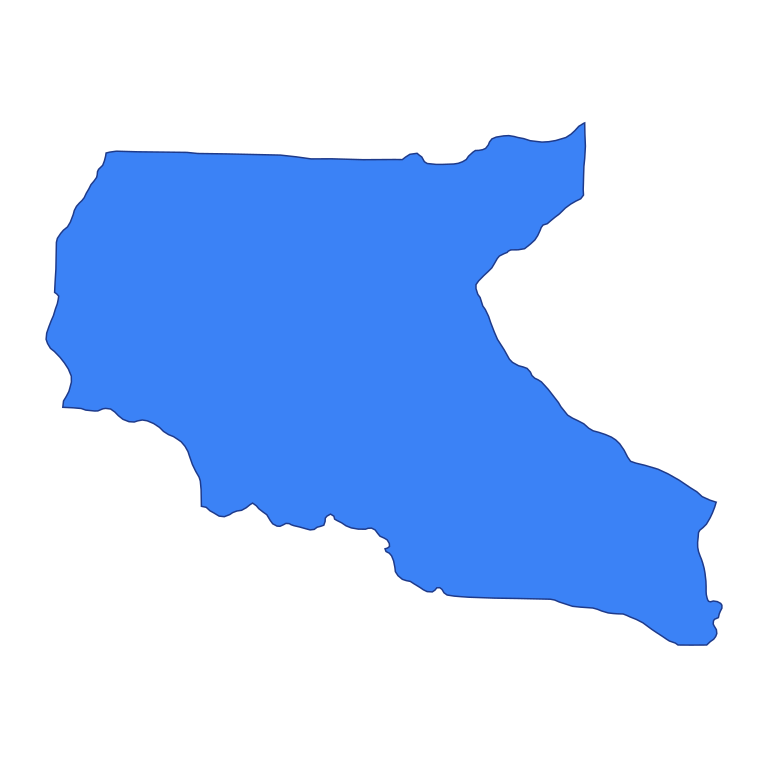 outline of Ivindo, Ogooué-Ivindo, Gabon
{"feature_id": "22940354B21315660080276", "entity_name": "Ivindo", "entity_type": "district", "adm_level": 2, "iso_a3": "GAB", "parent_name": "Gabon", "parent_adm1": "Ogooué-Ivindo", "projection": "mercator", "projection_center": [13.138, 0.623], "detail": "fine", "context": "isolated", "style": "filled", "palette": "blue", "viewbox_px": 768, "rotation_deg": 0, "n_neighbors": 0, "source": "geoboundaries", "source_scale": "gbopen_adm2", "svg_char_len": 4603}
<svg xmlns="http://www.w3.org/2000/svg" viewBox="0 0 768 768"><path d="M116.6,151.2L115.5,151.3L109.8,152.1L106.1,153.0L105.6,156.2L104.4,160.9L102.7,165.3L98.6,169.3L97.5,171.6L97.2,174.9L96.6,177.4L93.8,181.3L91.0,184.6L88.9,188.8L86.3,193.2L84.2,197.7L82.0,200.5L79.4,203.0L76.5,206.3L74.3,210.5L73.2,214.6L70.3,222.2L67.5,226.9L63.4,230.2L60.7,233.4L57.4,238.3L56.4,242.3L56.1,258.2L55.9,269.3L55.5,275.5L55.1,282.2L54.6,292.4L56.7,293.9L58.7,296.1L58.2,299.5L57.3,303.8L55.5,308.7L53.4,315.7L51.2,320.7L48.9,326.7L46.7,333.1L46.1,339.3L47.6,343.6L50.5,348.4L54.3,351.4L60.0,357.3L64.4,362.9L68.3,368.9L71.3,376.1L71.4,382.1L70.0,387.5L68.9,391.4L66.4,396.2L63.5,401.0L62.8,407.3L73.2,407.8L81.2,408.5L85.8,410.1L94.7,411.0L97.9,410.9L102.9,408.8L105.6,408.4L110.6,409.0L114.8,412.0L118.3,415.6L122.9,419.3L129.0,421.7L134.3,422.0L137.6,420.9L142.3,420.0L147.2,420.8L153.6,423.5L159.5,427.4L163.5,431.4L168.5,434.6L173.5,436.6L178.1,439.6L181.2,441.8L185.0,446.3L188.0,451.6L189.4,455.9L192.4,464.5L195.7,471.3L199.1,477.2L200.3,481.0L201.1,489.7L201.4,506.3L206.2,507.3L210.0,510.8L213.6,512.8L219.1,516.1L224.3,516.7L229.7,514.6L232.7,512.6L236.9,511.0L241.6,510.3L246.3,507.7L250.0,504.7L252.6,503.1L256.4,505.8L258.8,508.7L263.0,512.0L266.8,514.7L270.2,520.4L272.7,523.8L277.0,526.1L280.0,526.3L283.3,524.8L285.9,523.4L289.3,523.6L291.1,524.7L294.0,525.7L299.6,527.0L306.0,528.8L310.1,529.9L314.2,529.4L317.2,527.2L320.7,526.3L323.8,525.2L325.1,521.5L325.3,518.1L327.0,516.1L330.5,514.1L333.9,516.2L334.6,519.1L337.0,520.5L341.6,522.8L346.0,525.8L351.3,527.9L358.2,529.1L365.5,529.2L368.0,528.3L371.5,528.1L375.1,529.9L377.7,533.4L380.0,536.2L384.4,538.2L387.2,539.9L389.3,543.5L389.5,546.5L387.4,548.1L385.0,548.8L386.0,551.5L389.3,553.2L391.6,555.9L393.6,560.9L394.9,567.5L395.4,571.7L398.0,575.7L402.3,579.3L406.2,580.6L410.3,581.4L414.0,583.8L419.9,587.4L423.4,589.8L427.1,591.6L432.3,591.9L435.0,590.1L436.8,587.8L439.8,587.7L442.0,589.4L444.0,592.8L447.1,595.0L454.1,596.1L461.2,596.7L464.3,596.9L468.6,597.2L494.3,598.1L518.7,598.5L550.3,599.2L554.6,600.0L559.0,601.9L567.0,604.5L572.5,606.3L580.1,607.1L592.8,608.0L597.5,609.3L601.7,611.0L608.1,612.9L613.1,613.5L617.3,613.8L623.2,614.0L627.0,615.5L630.0,616.9L636.5,619.5L642.9,622.8L651.7,629.3L656.3,632.4L662.0,636.1L666.4,639.1L669.4,641.0L675.4,643.1L678.0,645.0L691.0,645.1L706.7,645.0L710.3,641.6L713.7,639.2L715.7,636.5L716.8,633.6L716.4,629.7L715.5,628.2L714.1,625.9L713.2,624.0L713.5,620.8L714.5,619.3L718.4,617.6L719.2,614.0L720.3,611.3L721.9,608.2L721.9,605.2L720.7,603.4L717.3,601.6L713.3,601.0L710.5,601.8L708.6,601.3L707.7,599.9L707.0,597.7L706.3,594.6L706.1,591.7L706.1,586.3L705.9,581.0L705.4,576.7L705.0,573.2L704.7,571.5L704.1,568.2L702.7,563.0L701.5,559.4L700.1,556.0L698.5,551.5L697.7,547.3L697.6,542.5L698.2,536.7L698.5,532.6L699.8,530.2L703.1,527.5L706.4,524.2L708.3,521.0L710.2,517.7L712.4,513.0L714.7,507.1L716.1,502.4L716.2,502.2L709.8,500.1L702.1,496.6L697.0,491.9L690.0,487.5L679.2,480.2L668.1,473.9L658.0,469.2L644.9,465.3L635.8,463.1L630.6,461.3L627.7,457.2L624.1,450.2L619.7,443.8L615.8,440.0L611.4,437.1L605.3,434.5L599.0,432.4L593.1,430.8L588.7,428.2L583.8,423.8L577.7,420.6L572.6,418.2L567.6,415.1L560.8,406.6L558.4,402.5L548.1,389.2L541.4,381.9L538.1,379.8L534.7,378.2L531.9,375.5L530.4,372.1L527.1,368.4L523.3,367.0L518.5,365.7L512.5,362.4L509.4,359.2L504.1,349.7L497.5,339.4L494.3,332.0L490.6,322.4L488.6,316.4L485.3,309.5L482.8,306.0L480.1,297.5L477.8,294.3L476.0,288.6L476.0,284.6L478.7,280.8L483.7,275.7L488.4,271.3L491.8,267.9L494.5,263.4L497.3,258.5L499.4,256.0L504.0,253.7L507.2,252.4L508.2,251.2L510.8,249.9L518.1,249.8L524.6,248.7L530.6,243.9L534.9,239.9L537.7,235.6L540.2,230.2L541.2,227.5L543.1,225.0L547.3,223.7L551.0,220.5L554.9,217.3L559.4,213.9L565.4,208.0L570.7,204.1L575.9,201.1L580.7,198.8L583.5,195.1L583.2,189.4L583.4,183.6L583.6,175.5L583.9,166.4L584.7,158.6L585.4,146.2L584.9,133.8L584.7,122.9L583.7,123.3L578.8,126.3L574.7,130.8L571.0,134.2L565.9,137.5L555.8,140.5L548.8,141.7L542.0,142.1L535.2,141.3L530.2,140.7L523.7,138.6L517.9,137.5L514.2,136.5L508.8,135.6L503.6,135.9L496.2,137.1L491.9,138.9L489.5,142.0L488.3,145.0L485.6,148.4L482.6,149.7L478.7,150.4L475.4,150.5L472.9,152.2L468.5,156.2L466.3,159.5L462.6,161.7L458.3,163.3L453.8,164.0L442.8,164.4L436.0,164.4L427.2,163.5L424.4,161.7L423.1,159.4L421.8,157.0L419.2,155.1L417.1,153.3L409.9,154.3L405.5,157.1L402.3,159.6L394.9,159.5L363.3,159.7L331.4,158.8L311.1,158.9L296.0,156.8L280.4,155.1L226.2,153.9L197.8,153.5L186.9,152.4L163.2,152.1L137.5,151.8L116.6,151.2Z" fill="#3b82f6" stroke="#1e3a8a" stroke-width="1.5"/></svg>